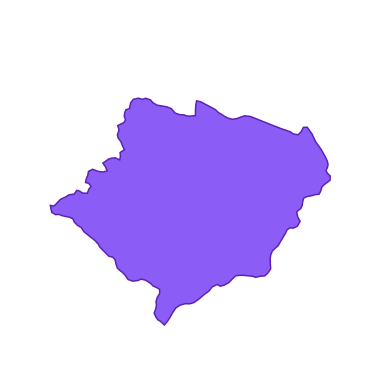 the district of Ipecaetá, Bahia, Brazil, rotated 65°
{"feature_id": "56859067B33120756794131", "entity_name": "Ipecaetá", "entity_type": "district", "adm_level": 2, "iso_a3": "BRA", "parent_name": "Brazil", "parent_adm1": "Bahia", "projection": "orthographic", "projection_center": [-39.329, -12.308], "detail": "fine", "context": "isolated", "style": "filled", "palette": "violet", "viewbox_px": 384, "rotation_deg": 65, "n_neighbors": 0, "source": "geoboundaries", "source_scale": "gbopen_adm2", "svg_char_len": 2523}
<svg xmlns="http://www.w3.org/2000/svg" viewBox="0 0 384 384"><g transform="rotate(65 192 192)"><path d="M296.2,170.5L297.2,165.6L298.8,161.5L297.4,157.3L294.8,153.1L290.3,151.4L285.2,149.2L282.5,147.4L279.6,144.3L278.2,140.6L277.1,136.6L274.8,133.5L272.1,129.4L268.7,124.4L266.5,121.9L265.8,118.5L267.6,115.4L267.5,110.8L264.2,106.4L259.5,106.7L254.2,105.5L253.0,100.5L250.8,97.8L247.3,95.6L244.7,93.2L244.7,89.7L245.8,85.7L246.5,81.3L247.7,77.7L245.5,74.9L242.4,72.2L241.2,69.0L240.6,66.0L239.7,61.9L235.9,60.0L232.2,61.4L229.1,61.4L227.1,59.0L224.5,57.0L220.8,56.3L216.4,56.3L211.6,56.7L207.5,57.0L202.7,58.0L198.7,58.7L195.0,58.7L189.9,58.7L186.1,59.5L182.0,60.2L180.5,63.7L183.4,67.4L185.0,71.5L182.5,75.4L178.7,77.7L172.4,84.3L165.7,90.7L148.2,107.2L145.1,112.3L144.7,116.5L144.4,120.4L143.2,124.6L140.1,128.3L137.2,130.5L134.0,132.5L131.1,134.5L127.3,135.9L114.1,145.8L111.3,149.3L115.1,152.0L119.4,154.3L124.2,156.6L122.5,161.5L120.9,164.6L118.7,166.7L116.4,170.9L113.2,174.0L107.7,175.5L104.4,178.6L102.0,181.9L98.5,187.0L94.6,189.7L90.9,190.7L87.4,194.5L87.1,197.6L84.3,201.0L83.2,206.0L85.2,209.9L89.9,213.3L89.6,217.3L92.1,219.8L95.0,221.5L98.5,221.8L100.3,224.4L100.3,227.8L100.4,231.3L104.9,231.9L108.7,235.5L111.9,236.1L116.3,235.2L121.7,235.5L125.2,235.5L125.8,240.5L129.6,241.9L132.4,244.0L128.8,246.8L127.4,250.3L126.9,253.9L127.6,257.3L128.2,260.6L132.3,259.8L137.1,259.9L136.2,264.5L133.4,268.6L129.4,272.5L129.6,277.1L132.9,279.5L135.5,282.4L138.4,284.5L140.5,282.0L144.3,281.0L145.7,284.1L148.9,287.4L146.6,291.8L143.9,293.3L141.8,295.6L144.1,299.7L142.6,304.6L143.1,309.2L143.0,314.0L144.1,316.9L145.4,320.1L146.3,323.1L144.3,326.0L147.2,326.9L151.2,327.7L154.8,325.3L156.1,322.0L158.4,319.9L160.9,316.7L162.7,314.1L165.8,311.3L169.8,311.3L173.7,309.9L177.5,307.4L182.0,306.8L188.1,303.9L195.1,300.4L199.7,299.0L203.0,298.8L214.9,294.6L217.8,291.3L220.8,290.3L224.9,291.3L229.5,291.8L232.5,290.6L235.7,288.9L239.4,287.7L244.2,287.0L247.7,283.5L249.3,278.6L249.5,274.8L252.3,271.4L257.2,268.2L260.9,266.9L263.8,264.3L266.5,262.5L270.2,264.1L272.8,268.0L276.1,270.9L279.6,272.1L282.7,274.4L285.7,277.4L290.1,277.6L293.4,277.0L295.9,275.2L300.8,273.3L299.0,269.2L296.2,264.7L293.1,260.4L290.3,255.8L289.5,250.7L290.3,245.6L292.4,241.2L293.0,237.3L292.1,231.7L290.8,226.9L289.9,223.5L289.0,218.7L286.5,213.7L286.5,208.0L289.3,206.3L290.0,202.5L289.8,197.3L287.8,192.0L286.4,187.9L287.6,184.1L289.3,180.6L291.8,176.3L294.1,172.5L296.2,170.5Z" fill="#8b5cf6" stroke="#5b21b6" stroke-width="1.5"/></g></svg>